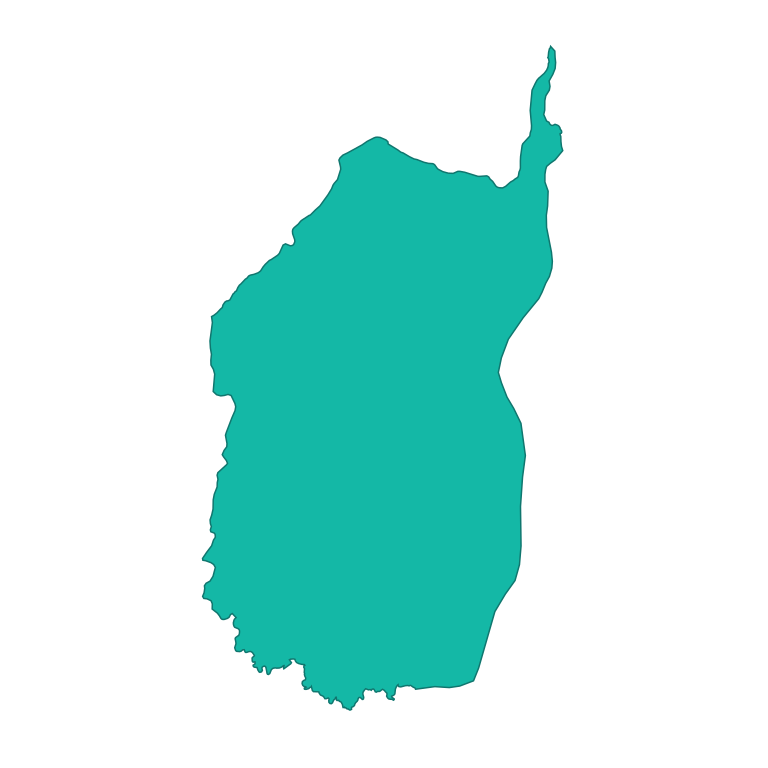 outline of Meun, Vientiane, Laos, rotated 175°
{"feature_id": "54806243B19210763437500", "entity_name": "Meun", "entity_type": "district", "adm_level": 2, "iso_a3": "LAO", "parent_name": "Laos", "parent_adm1": "Vientiane", "projection": "albers", "projection_center": [101.935, 18.217], "detail": "fine", "context": "isolated", "style": "filled", "palette": "teal", "viewbox_px": 768, "rotation_deg": 175, "n_neighbors": 0, "source": "geoboundaries", "source_scale": "gbopen_adm2", "svg_char_len": 6041}
<svg xmlns="http://www.w3.org/2000/svg" viewBox="0 0 768 768"><g transform="rotate(175 384 384)"><path d="M385.3,81.1L384.2,81.5L383.5,81.3L381.3,79.4L379.9,78.7L379.4,78.1L379.2,77.2L359.7,78.1L345.4,75.9L334.9,76.5L320.7,80.5L314.5,92.8L293.4,147.6L281.4,164.2L270.6,176.8L264.8,192.2L261.6,210.7L258.7,250.1L254.1,279.2L249.4,300.4L251.0,332.9L256.8,348.1L262.6,360.2L266.9,374.9L269.1,385.5L264.8,399.8L256.2,417.8L239.6,437.9L222.4,455.5L218.6,461.6L214.1,470.3L209.9,476.6L206.7,484.8L205.6,491.5L205.7,500.7L208.4,525.8L207.6,537.9L205.5,547.1L203.7,561.8L206.1,571.2L205.4,578.9L204.2,583.7L203.0,586.6L199.1,589.4L194.0,592.4L185.6,600.9L186.5,605.2L186.6,610.1L186.3,615.2L186.8,617.1L186.7,618.1L185.5,618.4L185.0,619.3L185.1,620.7L186.3,622.8L186.3,623.7L187.2,625.5L188.4,626.6L191.0,627.8L193.2,626.9L194.5,627.0L195.2,627.5L196.3,628.7L196.8,630.3L199.1,631.8L201.4,638.5L200.0,642.9L199.1,652.2L197.7,657.0L193.7,662.3L192.7,666.0L193.1,671.5L188.8,677.8L186.0,683.4L185.0,689.3L185.1,694.5L184.8,700.8L188.6,705.8L189.0,704.5L190.0,703.5L191.1,700.1L191.9,695.7L192.4,694.8L191.7,693.8L191.5,691.0L191.6,690.0L192.3,689.1L192.7,686.5L193.3,684.9L194.6,682.5L197.4,679.4L203.3,675.1L205.1,673.3L207.2,670.1L210.9,663.8L214.5,643.8L214.5,628.5L215.0,624.8L216.4,621.4L217.1,618.3L224.8,611.2L225.6,609.6L228.1,598.7L228.7,594.3L229.3,587.2L229.8,585.6L231.0,583.4L232.0,579.6L232.4,578.7L233.7,577.7L235.4,576.9L237.6,575.4L240.3,574.2L245.6,570.3L248.7,569.0L251.8,569.4L253.7,570.0L255.3,571.4L258.1,576.4L260.4,578.8L261.6,581.1L262.9,582.1L263.7,582.4L270.8,582.5L272.4,582.7L285.1,587.9L289.8,589.2L291.9,589.4L296.7,587.8L301.5,588.4L306.9,590.4L311.0,593.0L312.0,593.9L314.5,598.1L315.7,599.0L316.4,599.3L320.4,599.9L324.9,601.4L331.6,604.7L334.5,605.6L338.8,608.2L344.8,612.5L347.1,613.5L349.5,615.7L358.9,622.7L359.0,625.0L360.8,627.0L366.4,630.0L369.3,630.5L370.8,630.5L372.4,630.1L379.6,627.2L385.0,624.1L400.2,617.4L405.0,615.6L408.1,613.1L409.4,611.0L408.4,604.0L408.4,601.7L412.5,591.7L416.2,588.1L417.4,586.6L419.2,583.0L423.4,577.3L432.3,567.0L437.0,563.5L442.7,558.7L443.8,558.5L451.3,554.5L452.8,553.5L455.5,550.7L459.8,547.7L461.3,546.1L461.9,544.3L461.9,541.6L460.4,535.6L460.4,533.6L461.7,531.1L463.0,530.0L465.2,529.8L469.9,532.2L472.4,531.2L476.9,523.2L478.8,521.5L485.7,517.7L487.4,517.1L491.8,513.6L494.1,511.3L497.0,507.5L498.1,506.7L499.6,505.8L503.9,504.6L507.7,504.1L509.4,503.4L511.3,501.4L513.0,500.5L517.8,496.2L519.5,495.0L521.2,492.8L522.9,489.6L524.2,489.0L525.6,487.4L526.5,486.9L530.2,481.2L532.0,480.5L533.6,480.4L535.3,479.5L537.5,476.8L538.4,474.3L540.3,472.9L544.2,469.4L547.4,467.3L549.9,466.2L549.6,460.1L553.6,442.1L553.8,434.9L553.3,428.6L554.4,422.9L554.7,418.0L552.7,413.6L551.8,408.6L554.8,391.4L551.7,387.9L547.7,386.4L544.2,386.5L540.3,387.2L537.3,385.9L534.2,377.6L533.7,374.3L534.7,370.5L538.6,363.3L545.2,349.7L546.4,346.8L545.6,338.3L546.1,335.2L549.1,331.8L551.3,327.7L550.1,325.3L547.7,321.5L546.8,318.6L548.0,317.2L557.2,310.2L558.2,307.7L557.7,303.5L558.7,300.3L559.2,296.0L562.7,288.9L564.2,283.6L565.2,274.3L567.0,268.6L569.1,263.8L569.1,259.9L568.4,257.1L569.7,253.8L569.4,251.9L566.1,250.3L565.3,248.9L565.4,246.0L567.5,243.3L569.8,237.9L575.3,231.8L580.0,226.0L579.8,224.2L577.1,223.5L571.9,221.1L569.4,219.0L568.0,215.9L571.1,207.3L574.5,202.8L578.6,201.0L580.5,198.6L580.4,196.0L581.4,191.8L583.2,188.2L582.2,186.1L579.0,185.4L575.2,183.2L574.2,180.0L574.8,174.8L570.0,170.3L568.2,167.5L567.0,164.9L566.3,164.0L565.1,163.5L563.5,163.4L560.2,164.2L558.5,165.3L557.1,167.6L555.2,168.6L551.7,164.2L553.5,162.7L554.1,161.6L554.9,159.2L554.9,157.2L554.4,155.4L553.8,154.6L550.7,153.0L549.9,152.2L549.5,151.3L549.5,149.7L549.9,147.7L550.6,146.3L554.0,144.3L554.5,143.2L554.1,139.8L554.1,138.2L555.7,134.3L555.1,131.7L554.8,131.1L554.0,130.5L551.1,130.0L549.6,130.3L547.9,131.5L546.4,131.5L545.8,129.3L545.3,128.7L544.3,128.6L541.9,129.2L540.6,129.2L539.6,128.9L538.4,127.8L536.8,124.9L537.1,124.3L538.8,123.1L539.3,122.5L539.4,119.5L539.1,118.7L538.5,118.3L536.8,118.5L536.7,118.1L536.9,116.6L537.3,116.1L538.9,115.3L538.9,114.4L538.5,113.7L537.8,113.2L535.2,112.6L534.5,109.9L533.5,108.0L532.8,107.6L531.1,107.9L530.1,109.3L530.4,111.4L530.1,112.4L528.9,113.2L527.5,113.4L526.7,112.7L526.3,111.8L525.7,105.7L525.3,105.0L524.4,104.7L523.0,105.5L521.2,109.1L519.9,110.2L519.1,110.5L517.0,110.7L515.8,110.3L512.9,110.2L510.4,111.0L508.7,112.2L508.1,112.2L508.8,109.8L508.6,109.0L501.3,113.4L500.5,114.5L502.3,117.5L501.3,118.0L498.2,118.0L496.7,117.5L496.5,116.1L495.4,114.2L493.3,112.9L490.4,111.9L487.7,111.4L487.4,110.6L488.3,110.2L488.6,108.8L488.0,107.3L488.6,103.6L488.3,102.5L488.6,101.6L488.4,100.1L487.7,98.3L487.7,97.1L488.3,96.1L490.0,95.6L491.3,94.5L491.7,92.6L491.2,90.9L490.1,89.7L488.7,89.3L488.0,88.8L489.8,88.0L490.0,87.3L489.6,86.8L488.0,86.6L485.6,87.1L484.1,88.2L483.0,88.4L482.7,88.9L482.1,84.9L481.1,83.7L475.8,83.0L475.5,81.6L474.4,79.7L472.0,78.4L471.0,77.1L470.3,75.6L469.1,75.5L467.0,76.1L466.3,75.5L466.2,74.6L466.6,73.5L466.6,71.6L465.6,70.4L464.3,70.1L463.1,70.9L461.7,73.5L460.3,74.5L459.7,75.2L459.6,76.0L459.0,76.2L458.8,75.6L458.9,73.4L458.4,72.8L457.0,72.9L456.4,72.6L456.2,71.8L455.0,71.3L454.3,70.6L453.4,68.4L453.0,65.3L452.1,65.2L451.5,65.5L451.1,64.8L450.3,64.8L449.1,63.5L448.0,63.4L446.8,62.3L445.9,62.2L444.7,62.7L444.6,64.4L444.0,65.0L443.2,65.1L441.5,66.2L440.9,67.8L439.9,69.1L438.4,70.3L437.6,71.4L437.2,72.8L436.4,73.8L435.3,73.9L434.1,72.9L433.2,71.7L432.6,71.6L431.9,72.1L431.5,73.6L432.1,77.1L431.7,78.8L430.2,80.8L428.8,82.0L426.2,80.7L424.4,80.8L423.4,80.0L422.4,81.0L421.3,81.1L420.5,80.6L419.5,78.1L418.5,77.7L417.1,78.3L415.5,78.1L414.4,78.5L413.2,79.4L412.0,80.0L410.3,78.7L409.5,77.4L408.1,75.8L408.1,74.4L408.6,72.8L407.8,71.0L406.8,69.9L405.3,69.4L403.8,69.3L402.1,68.2L401.4,68.7L401.3,69.4L403.4,71.3L403.6,72.3L401.3,73.2L400.2,74.3L399.2,79.2L398.0,81.4L396.8,82.8L396.2,83.2L396.2,82.1L395.5,81.2L393.7,80.8L388.9,81.6L386.6,81.6L385.3,81.1Z" fill="#14b8a6" stroke="#0f766e" stroke-width="1.5"/></g></svg>